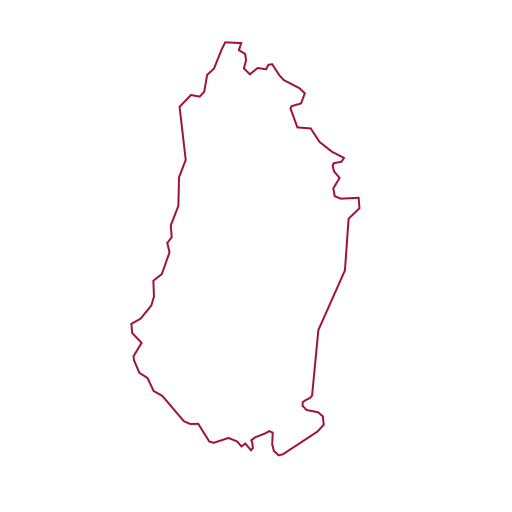 the border of West Sussex, rotated 294°
{"feature_id": "GBR-2748", "entity_name": "West Sussex", "entity_type": "Administrative County", "adm_level": 1, "iso_a3": "GBR", "parent_name": "United Kingdom", "parent_adm1": "", "projection": "mercator", "projection_center": [-0.467, 50.946], "detail": "fine", "context": "isolated", "style": "outline", "palette": "rose", "viewbox_px": 512, "rotation_deg": 294, "n_neighbors": 0, "source": "natural_earth", "source_scale": "10m", "svg_char_len": 1321}
<svg xmlns="http://www.w3.org/2000/svg" viewBox="0 0 512 512"><g transform="rotate(294 256 256)"><path d="M350.9,326.1L341.7,331.1L327.8,325.4L279.0,343.1L213.7,343.1L151.3,364.0L147.9,362.8L144.7,360.1L141.5,358.1L138.0,359.5L135.9,364.8L138.5,376.2L136.7,382.3L129.4,386.5L120.7,383.6L85.9,361.3L83.1,357.7L85.3,351.5L90.4,347.5L101.4,343.1L101.4,339.3L97.6,336.5L90.1,329.0L85.7,326.6L83.9,328.6L79.2,331.3L76.5,330.5L80.3,322.5L76.1,320.2L78.9,314.2L78.6,304.9L68.2,293.4L67.5,288.8L79.2,271.5L75.8,264.2L75.7,257.4L90.1,227.3L91.0,217.4L100.4,206.5L101.8,197.0L111.3,186.8L114.7,184.9L130.1,186.8L135.2,174.3L143.3,169.7L151.9,176.1L168.3,180.5L177.4,179.3L191.7,172.3L201.2,177.3L224.2,175.5L231.9,169.6L238.8,171.4L249.3,165.7L270.2,164.7L296.5,153.7L315.2,152.7L361.2,125.5L376.6,131.1L378.7,139.7L385.1,141.9L401.5,137.7L410.2,141.4L430.6,140.6L438.7,141.0L444.5,155.9L437.1,156.6L436.1,164.0L430.6,167.4L422.5,168.6L419.5,176.5L428.4,181.0L430.6,189.2L435.8,189.6L437.8,192.8L430.6,203.8L428.0,209.8L427.0,227.3L424.5,234.4L413.7,235.1L407.3,227.5L404.8,227.5L390.3,241.5L394.8,254.1L386.0,267.7L382.1,283.1L381.8,289.8L381.5,294.5L381.4,296.5L376.9,295.7L372.3,289.2L369.6,289.3L365.0,292.9L361.3,300.6L349.2,299.1L342.7,303.6L342.8,310.0L350.9,326.1Z" fill="none" stroke="#9f1239" stroke-width="2"/></g></svg>